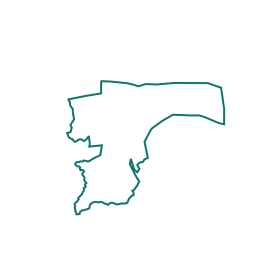 outline of Santa Cruz Xitla, Oaxaca, Mexico, rotated 228°
{"feature_id": "50627088B78540984187626", "entity_name": "Santa Cruz Xitla", "entity_type": "district", "adm_level": 2, "iso_a3": "MEX", "parent_name": "Mexico", "parent_adm1": "Oaxaca", "projection": "albers", "projection_center": [-96.682, 16.337], "detail": "fine", "context": "isolated", "style": "outline", "palette": "teal", "viewbox_px": 256, "rotation_deg": 228, "n_neighbors": 0, "source": "geoboundaries", "source_scale": "gbopen_adm2", "svg_char_len": 3911}
<svg xmlns="http://www.w3.org/2000/svg" viewBox="0 0 256 256"><g transform="rotate(228 128 128)"><path d="M159.5,77.9L158.5,78.4L158.1,78.6L157.2,79.0L156.5,79.3L155.7,79.1L154.8,78.9L154.0,79.1L153.2,79.3L153.0,79.7L152.7,80.7L152.6,81.4L152.5,82.2L152.5,83.3L152.1,84.1L151.7,84.7L151.3,85.3L150.7,85.7L150.4,85.9L149.7,86.1L149.2,86.0L148.6,86.1L147.8,86.5L147.7,86.9L147.5,89.1L147.5,89.8L147.6,90.3L147.6,90.5L148.0,91.6L147.9,92.5L147.7,93.1L144.6,91.0L143.6,90.3L141.9,89.1L140.5,87.4L140.1,86.8L138.1,89.5L132.6,97.0L131.4,95.5L126.8,89.8L126.3,89.2L126.5,88.9L126.8,88.3L126.9,87.4L127.0,86.6L127.4,85.7L127.7,85.0L127.9,84.1L128.0,83.6L128.1,83.3L128.2,82.9L128.2,82.5L128.5,81.6L128.8,80.8L129.0,79.8L129.1,79.0L129.0,78.0L129.0,77.9L129.3,77.2L129.6,76.5L130.0,75.7L131.4,75.0L132.5,74.1L133.4,73.4L133.3,72.4L133.5,72.1L133.7,71.9L134.3,71.0L134.9,70.4L135.2,69.6L135.4,68.8L135.8,68.6L136.1,68.4L136.3,68.0L136.5,67.5L136.9,67.1L137.0,66.4L137.0,65.6L137.0,65.4L136.8,64.9L136.2,64.5L135.3,64.2L134.4,64.6L133.8,64.7L133.4,64.8L132.8,65.1L132.1,65.8L131.6,66.1L130.7,66.0L130.4,65.7L130.1,65.2L129.6,64.6L128.9,64.6L128.3,64.6L128.2,65.0L128.0,65.4L127.6,65.7L127.0,66.0L126.4,66.3L125.7,66.5L125.1,66.2L125.0,65.6L124.9,65.4L124.8,64.9L124.8,64.4L124.6,63.7L124.5,63.3L124.2,63.0L124.0,62.9L123.6,62.8L123.2,62.7L122.6,62.8L122.1,62.7L121.6,62.8L121.1,62.8L120.5,62.6L120.2,62.4L119.8,62.0L119.5,61.6L119.2,61.2L118.6,60.6L118.2,60.4L117.7,60.3L117.0,60.4L116.2,60.4L115.5,60.5L114.9,60.2L115.0,59.7L115.0,59.1L115.0,58.4L114.7,58.0L114.2,57.9L113.7,57.8L112.8,57.3L112.5,57.0L112.5,56.6L112.7,56.2L112.8,55.7L113.1,55.0L112.6,54.5L112.1,54.2L111.3,53.9L111.0,53.1L110.7,52.0L110.6,51.7L110.4,50.9L110.3,50.6L110.1,50.1L109.6,49.5L109.5,48.6L109.7,48.0L109.5,47.4L109.4,46.6L109.3,46.0L109.3,45.1L109.2,44.1L108.7,43.7L107.9,43.5L108.0,43.0L107.8,42.5L107.6,41.5L107.5,40.9L107.4,40.2L107.3,39.7L107.6,39.2L107.5,38.5L107.4,37.9L107.1,37.2L106.6,37.0L105.8,36.7L105.0,36.2L104.8,35.9L104.6,35.3L104.1,34.9L103.4,34.6L102.6,34.4L102.2,33.9L101.7,33.2L101.3,33.1L100.3,33.0L99.9,32.8L99.3,32.5L98.4,31.9L97.4,33.2L96.9,34.0L96.5,34.6L97.2,35.3L97.5,35.9L97.7,36.8L97.6,37.7L97.6,38.3L97.4,39.1L96.6,39.8L95.4,42.4L95.1,43.1L94.9,43.9L94.3,45.0L94.3,45.6L94.9,46.6L95.3,47.1L96.1,47.7L96.4,49.0L96.5,50.8L96.0,52.4L95.4,53.6L95.2,54.0L94.3,54.7L93.7,55.3L92.5,56.5L91.7,57.3L91.3,58.6L90.9,58.8L90.0,59.2L89.3,59.5L88.3,59.8L87.4,60.1L86.4,60.9L85.7,61.2L85.3,61.4L84.3,61.7L84.2,63.4L84.2,64.5L83.6,65.6L82.8,66.5L81.2,67.3L80.1,67.9L79.5,68.2L78.9,68.3L78.1,69.6L77.1,70.9L76.6,72.2L76.0,72.9L74.9,74.1L74.0,75.0L73.5,76.0L73.2,76.8L72.8,77.3L73.6,79.0L74.3,80.4L74.5,80.7L74.7,81.1L74.9,82.8L74.9,83.0L75.2,85.5L74.4,86.6L74.5,87.5L75.9,88.5L76.4,88.9L78.5,89.3L77.9,90.5L78.2,92.5L78.5,92.8L78.5,93.8L78.9,94.9L78.8,95.9L79.4,97.1L80.1,98.5L80.4,100.2L80.9,100.6L81.6,100.7L82.1,100.7L83.0,100.8L83.0,101.1L84.1,101.2L84.3,101.4L85.0,101.3L85.3,101.3L99.7,105.1L101.0,106.7L103.2,109.5L93.0,104.8L90.2,105.2L88.9,105.3L90.1,109.3L93.3,109.7L94.5,110.5L94.4,113.7L93.8,114.8L92.8,116.6L93.7,119.0L92.5,122.7L106.7,131.1L109.1,137.5L111.7,144.9L110.5,157.0L110.4,158.1L107.8,170.3L94.3,184.1L90.0,189.1L85.8,191.8L76.0,196.4L70.9,198.8L66.4,201.9L73.3,208.1L77.7,212.1L87.1,218.4L89.0,219.7L95.6,224.1L100.2,221.6L107.8,217.5L114.7,209.9L121.3,202.6L127.0,196.5L131.8,190.9L141.0,178.6L148.8,170.6L152.1,163.5L156.0,161.4L161.8,157.4L174.0,146.3L180.6,139.6L180.0,138.7L175.0,134.1L173.1,132.4L172.1,131.5L171.7,131.2L176.8,123.2L179.8,118.6L189.3,102.7L189.6,102.2L189.5,102.3L189.0,102.5L187.2,102.4L186.2,102.3L186.0,102.2L185.9,101.9L185.7,101.6L183.0,100.0L180.2,99.7L179.1,99.7L178.1,98.8L177.4,98.2L176.6,97.5L170.6,93.8L170.5,93.6L168.8,87.3L168.5,87.3L166.8,86.6L166.0,86.5L163.4,82.6L165.0,79.4L164.6,79.2L161.6,78.1L159.5,77.9Z" fill="none" stroke="#0f766e" stroke-width="2"/></g></svg>